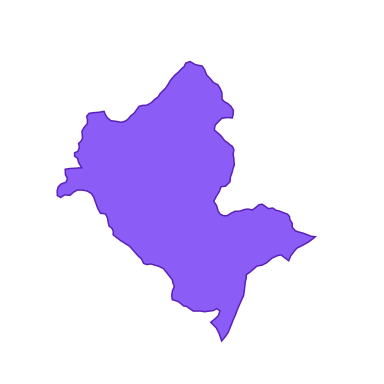 the district of Caibaté, Rio Grande do Sul, Brazil, rotated 210°
{"feature_id": "56859067B53289402005788", "entity_name": "Caibaté", "entity_type": "district", "adm_level": 2, "iso_a3": "BRA", "parent_name": "Brazil", "parent_adm1": "Rio Grande do Sul", "projection": "orthographic", "projection_center": [-54.66, -28.343], "detail": "fine", "context": "isolated", "style": "filled", "palette": "violet", "viewbox_px": 384, "rotation_deg": 210, "n_neighbors": 0, "source": "geoboundaries", "source_scale": "gbopen_adm2", "svg_char_len": 2737}
<svg xmlns="http://www.w3.org/2000/svg" viewBox="0 0 384 384"><g transform="rotate(210 192 192)"><path d="M274.6,138.5L265.7,130.9L260.7,127.8L255.9,129.8L252.1,127.2L249.4,123.8L246.8,121.0L243.1,120.5L240.5,118.6L238.9,115.5L229.3,114.2L218.8,113.8L215.5,112.7L211.1,111.2L206.7,109.7L202.3,108.8L198.2,106.0L195.0,106.5L191.6,109.1L183.8,111.0L178.4,111.4L168.1,107.3L165.3,106.2L163.0,103.7L160.1,101.3L159.6,96.9L158.0,92.6L155.3,88.9L152.4,89.6L149.4,90.2L145.7,89.8L142.4,89.1L139.3,90.2L135.2,89.8L131.4,89.5L128.3,91.3L125.1,93.2L121.4,94.5L118.3,96.9L114.2,100.0L112.3,103.4L108.4,103.1L107.4,98.2L108.2,94.9L110.6,88.5L103.1,86.5L98.0,83.2L91.8,77.8L90.8,83.6L90.5,88.5L91.4,95.2L92.3,101.0L93.0,107.4L93.7,111.4L94.4,116.4L95.1,123.4L95.5,127.9L97.4,132.8L99.1,136.7L100.9,140.8L102.0,144.6L103.6,147.7L101.9,151.1L98.7,160.3L94.5,164.0L91.9,168.2L89.6,174.9L86.5,179.2L83.4,182.1L78.5,181.4L73.9,180.8L74.6,186.1L73.8,192.1L73.0,196.0L71.1,198.7L69.0,202.1L66.4,206.4L64.3,211.0L62.9,214.9L66.7,213.2L71.3,212.6L75.8,211.8L79.7,210.7L83.0,210.1L87.4,211.5L89.7,215.1L93.4,217.0L95.3,219.5L98.1,220.6L102.6,219.8L107.1,219.1L110.1,218.2L114.0,218.5L117.6,215.8L121.0,216.2L125.1,216.5L127.6,214.5L129.0,210.6L130.8,206.6L135.1,205.2L137.9,203.0L140.8,199.5L145.2,196.7L147.5,193.2L149.8,189.0L152.6,187.3L156.3,186.8L159.9,188.6L163.9,192.5L168.5,194.8L168.8,200.8L168.6,206.1L169.5,211.1L165.8,213.9L164.2,219.9L166.2,224.2L167.1,229.0L168.1,232.3L168.9,236.7L172.2,241.4L175.3,245.5L176.9,249.6L179.7,251.6L183.2,252.0L186.1,252.6L189.2,252.7L192.2,254.0L195.5,255.3L199.9,256.2L203.6,256.8L205.4,261.3L204.6,264.8L203.0,270.8L198.1,274.5L194.1,276.3L195.1,279.7L197.0,283.4L200.9,285.6L205.2,286.5L209.2,286.4L212.5,287.5L214.1,290.4L216.0,293.2L219.8,296.0L223.3,297.8L227.9,297.5L233.3,299.4L237.9,300.7L241.9,304.0L246.1,306.2L252.6,304.0L259.0,304.0L261.9,300.5L261.5,296.8L262.6,293.6L263.7,289.0L265.4,284.3L266.0,281.0L266.6,276.9L266.5,273.2L266.8,268.5L268.0,264.5L268.8,260.9L268.9,257.4L270.6,253.7L271.9,248.9L274.7,244.4L278.4,242.1L280.7,239.7L281.1,235.7L281.5,231.1L283.0,227.9L283.8,223.2L285.3,219.9L288.3,216.9L293.2,215.2L297.9,213.2L302.5,214.0L305.9,215.8L308.5,217.9L312.2,214.7L316.9,211.5L320.4,208.7L321.1,204.9L318.9,202.6L316.8,198.9L317.8,193.5L317.7,189.6L315.6,186.6L313.8,184.0L313.5,180.6L314.5,177.4L311.9,174.4L311.2,170.0L313.3,167.3L311.7,164.4L308.1,164.0L304.6,160.6L299.6,157.9L302.4,156.0L306.2,153.4L309.4,151.4L313.2,148.3L310.2,143.6L306.6,141.5L306.0,137.6L309.4,133.5L310.4,129.6L309.4,125.7L306.9,121.6L302.9,121.6L300.9,125.8L296.0,128.1L294.4,132.9L292.1,136.5L288.0,138.8L283.5,140.4L278.6,140.4L274.6,138.5Z" fill="#8b5cf6" stroke="#5b21b6" stroke-width="1.5"/></g></svg>